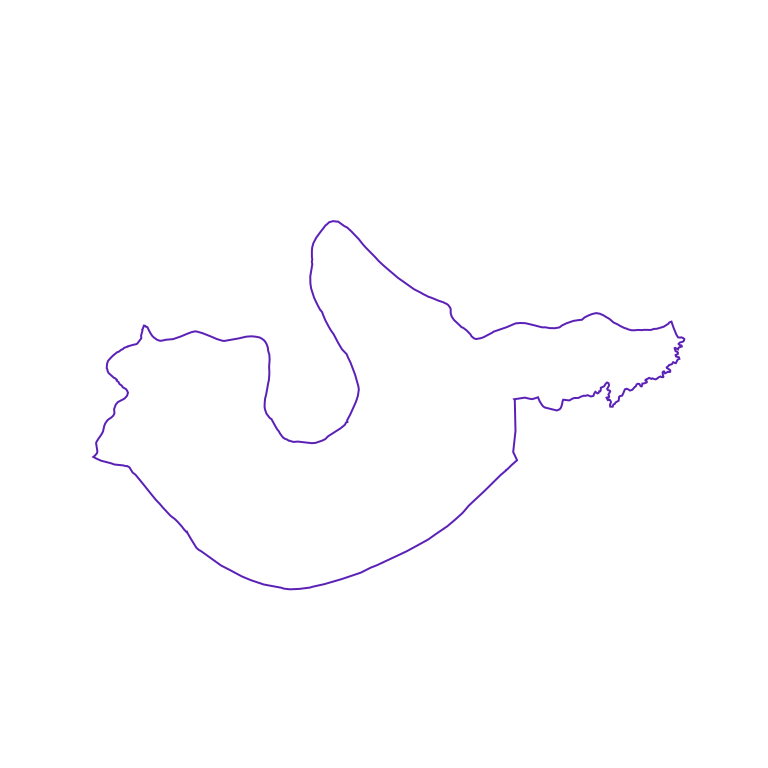 Sami, Central River, Gambia, rotated 161°
{"feature_id": "56634734B54242206420565", "entity_name": "Sami", "entity_type": "district", "adm_level": 2, "iso_a3": "GMB", "parent_name": "Gambia", "parent_adm1": "Central River", "projection": "orthographic", "projection_center": [-14.663, 13.545], "detail": "fine", "context": "isolated", "style": "outline", "palette": "violet", "viewbox_px": 768, "rotation_deg": 161, "n_neighbors": 0, "source": "geoboundaries", "source_scale": "gbopen_adm2", "svg_char_len": 6121}
<svg xmlns="http://www.w3.org/2000/svg" viewBox="0 0 768 768"><g transform="rotate(161 384 384)"><path d="M91.9,349.4L94.2,349.3L95.5,348.4L98.8,347.6L100.9,347.1L108.1,347.4L110.9,348.2L114.0,348.2L120.9,350.7L122.4,350.9L126.1,352.4L129.8,353.3L132.4,354.2L135.3,356.1L137.2,357.9L138.1,358.3L141.6,361.8L143.7,364.3L147.0,367.5L148.5,370.2L150.0,372.6L152.0,374.8L154.6,378.0L156.3,379.4L157.0,380.2L158.5,380.9L159.8,381.8L162.2,382.2L164.6,382.4L168.7,382.2L172.8,381.6L175.9,380.3L179.3,381.1L184.3,382.0L191.7,382.0L194.0,381.7L196.2,381.5L199.7,380.4L204.2,381.1L209.4,383.0L210.5,383.7L212.9,385.0L216.0,386.1L218.8,387.9L221.6,389.8L229.9,395.1L231.8,396.0L235.3,397.3L239.4,398.4L241.4,398.4L249.2,397.8L263.5,397.8L264.9,397.3L274.9,395.8L277.5,395.8L282.2,396.5L284.0,397.8L285.7,400.6L286.1,402.8L288.5,407.9L290.8,411.3L292.3,412.6L293.4,415.0L296.9,421.6L297.3,422.9L298.0,425.7L298.0,428.1L297.7,429.9L296.6,432.9L296.6,434.7L296.9,435.6L297.3,436.9L297.7,438.0L298.8,439.5L300.1,440.6L301.2,441.9L305.3,445.0L309.0,448.3L311.4,450.4L313.6,452.0L316.2,454.8L317.0,455.5L319.7,458.6L324.8,463.9L330.6,472.0L336.3,479.9L343.8,492.6L346.2,496.8L349.0,502.0L351.0,506.8L352.7,510.3L356.2,517.6L357.3,520.0L358.6,523.2L360.7,529.2L363.8,535.9L365.1,538.8L365.9,540.3L367.9,544.0L370.1,546.2L374.6,552.6L375.5,552.8L379.2,554.6L383.3,554.8L385.1,553.9L388.1,552.8L389.6,551.7L394.2,548.7L400.3,544.5L404.9,540.2L407.5,536.4L409.0,532.9L410.8,527.6L411.3,525.0L412.4,523.2L412.8,520.6L418.7,509.7L420.0,505.7L420.9,502.9L421.8,497.8L422.0,488.2L421.1,480.3L420.3,475.3L419.1,472.1L419.1,469.3L418.7,463.2L417.6,456.2L416.7,451.8L415.4,447.4L413.9,437.6L412.4,430.4L409.6,424.4L409.4,420.9L408.7,415.3L408.3,402.3L409.0,390.1L409.6,387.0L412.5,381.4L415.3,377.6L417.7,374.8L426.2,365.8L430.7,361.7L431.0,359.9L432.5,359.9L434.2,358.2L436.0,357.5L439.7,356.2L453.8,352.8L457.5,351.0L460.8,350.6L467.7,350.6L471.4,351.5L484.2,357.6L487.0,358.3L488.8,358.9L490.3,360.0L491.6,361.1L492.5,361.3L493.6,362.9L495.5,364.4L495.9,365.1L496.6,365.7L497.5,367.9L498.5,371.4L498.8,373.4L499.6,375.4L500.4,379.0L501.8,387.4L503.1,389.1L503.7,390.9L504.8,394.2L504.8,398.5L504.6,400.1L504.2,401.8L502.8,405.3L501.2,408.9L499.0,412.2L496.0,417.5L492.9,423.1L491.6,425.1L489.9,429.0L488.6,432.3L487.0,437.8L484.2,444.3L482.9,448.9L482.7,453.3L482.0,456.2L482.0,459.7L482.4,462.1L483.1,464.2L484.8,466.7L486.6,468.6L489.9,470.5L493.6,472.2L498.8,473.6L507.1,474.5L521.0,476.7L522.7,477.5L527.5,481.0L532.1,485.2L539.0,491.1L543.4,494.2L545.5,495.3L549.2,495.7L554.9,495.5L560.3,495.1L568.8,495.1L576.0,496.9L578.6,497.1L581.6,497.7L584.0,499.5L586.4,502.8L587.5,505.0L588.3,508.2L588.8,511.3L589.2,514.8L589.9,515.3L590.7,515.9L590.7,516.6L591.6,517.2L592.0,517.4L594.2,514.6L594.9,514.2L595.1,512.9L597.9,508.9L598.6,506.3L600.1,505.2L604.4,502.4L606.4,502.4L608.8,502.8L610.1,502.8L614.0,503.0L614.0,502.8L617.9,502.8L619.0,502.2L620.1,501.9L621.0,502.0L624.2,500.9L626.0,500.9L631.0,499.1L634.0,497.6L637.3,495.8L639.2,493.4L641.0,489.3L640.8,487.8L641.1,486.6L640.9,484.2L637.6,478.2L637.2,477.6L636.7,477.4L635.2,475.0L635.7,474.3L634.4,472.3L634.1,470.1L632.4,467.7L632.0,465.8L631.3,465.1L629.8,463.4L629.2,462.0L628.9,459.2L630.7,456.6L633.9,454.8L636.8,454.2L637.6,454.2L641.6,453.5L644.4,451.8L647.4,448.1L647.9,445.9L648.5,443.9L650.3,442.2L652.7,441.1L656.8,440.0L658.5,438.9L660.5,437.4L662.2,435.4L665.2,430.5L667.6,428.3L672.1,425.0L675.0,422.6L675.6,421.3L676.9,413.7L677.8,412.1L680.6,410.4L682.6,409.7L680.0,406.9L676.5,403.6L667.6,397.7L665.2,395.7L657.2,392.0L654.8,390.4L653.5,390.0L651.8,388.0L650.5,382.1L648.5,379.1L645.1,370.0L639.3,353.8L637.4,348.7L635.0,343.5L633.2,338.9L628.7,328.8L625.9,324.7L624.1,321.2L621.5,315.0L620.5,311.8L618.7,307.8L618.4,308.0L618.4,307.5L617.1,300.9L614.7,290.2L613.2,287.6L611.3,285.4L597.2,265.5L590.3,258.3L581.0,248.3L573.8,241.9L563.0,233.6L547.1,224.6L545.6,223.3L543.0,222.0L539.5,220.4L530.6,217.8L520.2,215.6L518.0,215.6L505.7,214.2L487.2,213.3L467.2,213.2L456.2,214.7L450.3,214.9L416.7,218.5L392.8,222.6L384.7,225.0L370.4,228.9L360.6,232.7L351.5,236.6L343.4,241.4L323.3,250.4L303.3,260.0L296.6,262.6L296.6,262.9L296.3,262.9L295.0,263.3L289.6,265.9L283.0,268.6L283.5,273.3L284.0,277.6L275.0,296.7L265.6,326.1L265.9,327.2L255.1,325.2L252.2,323.3L249.0,321.5L246.4,321.3L242.7,321.3L242.5,317.4L241.8,314.1L241.0,311.4L239.7,309.5L237.7,308.2L229.2,302.7L226.2,302.9L224.4,304.0L222.3,306.8L220.5,309.9L219.7,310.8L218.6,310.3L216.4,309.2L214.0,308.1L210.7,308.8L208.6,308.8L205.3,307.7L204.4,307.5L202.5,307.9L198.8,307.9L197.5,307.2L195.3,307.2L192.3,304.8L189.9,304.6L188.1,306.8L186.7,307.8L185.2,305.6L183.9,305.8L182.8,307.1L181.9,306.7L181.1,307.5L180.2,309.9L179.1,309.9L176.5,310.2L174.6,311.9L172.6,312.8L171.5,311.7L171.5,309.9L172.2,308.8L174.6,306.7L174.1,305.1L173.5,304.9L172.6,304.0L172.6,303.2L175.2,301.0L175.2,298.8L176.1,297.9L177.0,298.6L178.0,298.6L177.6,295.9L175.7,295.5L175.2,293.7L175.4,292.9L177.2,290.5L177.4,288.9L175.2,288.1L173.7,290.0L172.4,290.0L171.1,291.1L170.2,291.3L167.6,291.8L166.8,293.3L165.9,295.3L164.8,295.7L162.6,295.5L160.9,297.2L158.0,300.5L156.1,300.5L155.0,299.6L153.5,297.7L151.1,297.7L147.8,299.6L146.7,299.8L145.2,301.4L143.9,301.6L142.6,300.9L142.0,298.3L141.1,297.9L140.0,299.4L139.6,300.3L137.0,299.8L135.0,300.0L134.8,300.7L134.8,301.3L135.7,302.2L135.2,302.9L133.0,303.1L131.3,303.5L129.6,301.8L128.5,302.0L127.2,300.9L125.7,300.0L124.8,300.0L122.2,300.9L120.2,301.1L119.4,300.2L117.8,299.6L117.4,300.0L117.4,301.8L116.7,304.4L115.9,304.8L115.2,304.8L114.8,302.6L111.5,303.1L110.2,302.4L109.4,302.4L108.9,303.9L110.0,305.5L111.3,307.0L111.3,307.7L109.1,308.5L108.0,309.2L106.7,309.0L105.4,309.0L103.5,310.5L102.6,309.6L101.3,308.7L99.6,310.3L98.5,311.4L96.5,311.6L96.5,313.3L98.9,314.9L98.9,316.4L96.3,316.8L95.9,318.1L96.3,319.0L97.6,320.1L97.6,323.2L96.9,323.4L94.8,321.0L93.5,322.5L90.2,322.5L90.2,323.6L91.7,324.5L92.4,326.0L90.8,326.9L87.6,326.7L86.3,327.3L85.4,328.8L86.1,329.9L87.6,331.3L89.1,331.5L90.8,332.4L91.5,335.6L91.9,343.1L91.9,349.4Z" fill="none" stroke="#5b21b6" stroke-width="2"/></g></svg>